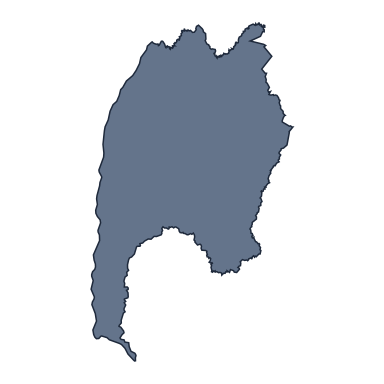 Rorainópolis, Roraima, Brazil (Natural Earth projection)
{"feature_id": "56859067B89406114023210", "entity_name": "Rorainópolis", "entity_type": "district", "adm_level": 2, "iso_a3": "BRA", "parent_name": "Brazil", "parent_adm1": "Roraima", "projection": "natural_earth1", "projection_center": [-60.884, -0.216], "detail": "fine", "context": "isolated", "style": "filled", "palette": "slate", "viewbox_px": 384, "rotation_deg": 0, "n_neighbors": 0, "source": "geoboundaries", "source_scale": "gbopen_adm2", "svg_char_len": 5915}
<svg xmlns="http://www.w3.org/2000/svg" viewBox="0 0 384 384"><path d="M135.5,360.8L135.4,357.6L136.0,355.7L135.6,354.4L134.8,353.2L131.0,351.3L129.2,346.7L128.7,342.7L124.9,342.1L124.0,339.8L121.7,339.5L120.5,338.9L120.0,337.9L122.1,334.6L124.0,332.8L123.6,331.0L120.8,327.2L119.0,326.4L119.2,325.4L121.3,323.0L121.2,320.3L123.4,313.1L125.1,311.8L124.0,309.9L124.1,308.4L125.7,305.0L124.2,302.7L125.7,301.4L124.3,299.8L124.4,299.0L127.8,297.8L128.2,296.8L128.0,292.7L126.5,290.3L128.1,289.5L128.2,288.1L127.3,287.0L124.3,287.0L124.7,283.4L123.9,281.2L125.0,277.1L127.2,275.4L126.7,272.3L128.6,270.3L127.6,268.4L127.5,264.8L128.6,259.8L129.5,257.9L131.6,257.0L134.4,254.0L136.5,247.0L137.2,246.3L140.0,246.2L140.4,245.6L139.9,243.6L142.7,243.0L144.5,241.1L148.2,239.0L151.1,239.2L154.0,236.4L156.5,236.5L161.2,234.8L161.9,233.4L161.7,231.9L162.6,230.7L161.8,228.5L163.0,226.8L164.5,228.0L166.5,228.0L168.2,229.1L169.0,228.7L169.2,227.0L170.2,227.4L172.0,226.7L173.7,227.9L174.9,227.0L175.9,227.0L178.7,228.7L179.3,231.4L180.2,232.6L182.2,232.9L183.0,232.4L183.7,233.4L185.3,233.6L186.7,234.6L188.0,234.8L190.6,233.6L191.9,234.3L193.3,233.1L194.4,234.9L194.7,236.9L194.0,240.0L195.1,241.1L194.9,242.0L197.5,245.0L200.1,244.2L201.1,245.1L201.5,246.4L201.1,248.2L201.8,250.2L205.7,250.5L206.9,251.3L206.6,252.4L207.4,254.7L206.7,255.1L207.1,256.8L208.5,257.1L208.8,258.3L209.8,257.7L210.7,258.7L210.1,261.0L209.1,262.2L210.6,263.0L212.0,262.7L212.4,263.3L211.0,264.5L211.6,265.7L211.0,267.3L211.9,270.6L211.5,271.7L212.5,272.2L213.3,271.0L214.0,271.5L215.1,270.8L215.4,271.8L214.6,272.3L216.8,271.6L218.6,272.7L220.0,272.4L221.6,273.1L221.8,275.1L223.6,273.3L225.1,273.3L225.7,271.9L227.0,272.0L227.0,270.7L229.5,272.4L230.5,269.6L233.6,270.7L234.2,272.1L236.7,272.5L239.5,269.2L239.2,268.2L237.9,267.5L239.0,266.2L240.5,265.7L240.8,263.0L240.2,261.8L242.5,259.6L244.6,260.4L246.9,260.0L247.7,260.7L248.6,259.7L248.7,258.9L251.0,257.9L251.5,258.7L252.0,258.6L252.3,256.9L253.5,255.8L254.5,257.2L255.2,256.1L256.2,256.8L258.9,254.0L260.1,254.0L260.9,250.5L260.0,249.8L260.5,247.5L259.2,245.8L259.6,244.2L259.0,243.5L258.1,243.8L256.6,241.9L255.6,241.7L253.9,238.2L253.9,237.3L252.9,238.0L252.3,237.8L251.8,236.2L253.0,235.7L252.2,233.5L251.1,233.3L250.7,229.9L249.9,229.0L250.8,227.4L251.8,226.7L251.5,225.9L252.2,224.3L252.2,222.4L256.4,219.1L256.5,216.9L255.6,215.6L257.2,213.6L257.2,212.6L258.5,212.0L259.1,208.3L258.5,207.1L258.7,206.4L260.8,205.5L260.8,202.7L262.0,201.6L261.0,198.8L260.1,198.0L261.5,196.1L261.8,193.0L261.1,191.3L261.5,190.9L262.1,191.7L263.2,191.1L263.6,189.1L265.0,189.0L264.6,187.1L266.0,187.1L265.8,186.3L267.7,183.7L269.6,182.7L268.5,181.1L268.9,180.4L268.1,178.9L269.0,175.7L270.8,173.1L270.3,172.4L271.2,170.2L270.7,170.2L273.5,166.7L273.3,166.3L274.4,165.4L275.2,165.7L276.5,163.2L279.1,161.8L278.3,160.8L278.4,159.7L279.4,159.0L279.3,157.2L280.7,155.0L279.1,153.5L279.1,152.3L281.0,150.1L281.2,148.7L283.5,148.1L287.0,145.0L289.3,132.6L289.1,131.7L292.9,127.0L292.0,127.0L290.6,125.9L289.4,126.2L282.3,122.0L282.2,120.8L283.3,117.7L284.5,115.6L285.2,115.4L283.2,113.5L283.1,111.3L280.6,108.6L280.6,105.8L280.0,105.2L279.2,102.7L280.0,100.3L279.1,99.8L278.5,97.7L277.0,95.5L275.6,95.0L273.7,95.4L273.3,94.6L270.9,95.1L268.9,94.5L270.5,91.5L268.6,92.2L267.8,90.3L269.4,87.4L267.1,83.1L266.0,82.4L266.2,79.4L265.2,76.6L266.5,73.3L265.1,73.2L261.7,69.1L271.8,56.3L264.0,46.9L265.7,45.5L263.6,44.3L250.2,41.0L260.5,36.3L262.7,31.6L264.2,31.8L264.2,29.8L263.5,29.6L263.4,27.2L264.8,27.2L264.7,25.5L263.6,25.1L262.2,27.0L261.2,26.2L261.5,25.0L261.0,24.4L259.8,25.0L259.1,23.0L258.6,23.1L258.6,24.3L257.7,24.6L257.5,24.2L256.4,24.9L255.7,23.6L255.1,25.3L253.1,24.1L249.0,26.0L248.6,26.8L248.9,28.5L248.0,29.0L247.3,28.0L245.1,29.2L245.0,31.1L243.3,31.4L243.7,32.5L241.9,34.0L241.6,35.7L239.2,37.2L238.5,39.1L238.3,42.6L237.0,43.0L236.1,42.2L235.4,43.2L235.7,44.6L235.0,45.1L235.2,45.6L233.3,46.9L234.0,46.8L233.3,48.9L231.9,48.5L232.5,49.3L230.8,49.7L229.8,50.8L229.0,49.7L228.8,50.7L229.4,51.2L228.6,52.5L228.8,53.1L227.0,54.1L225.8,53.7L225.2,54.2L223.8,53.3L223.3,54.8L222.3,55.1L221.7,56.4L220.9,55.4L220.3,56.8L219.6,57.0L219.4,55.8L219.1,55.9L217.9,57.4L217.0,56.3L216.9,57.8L215.7,56.0L215.0,55.8L214.8,54.0L214.0,53.8L214.0,53.3L214.9,52.9L215.6,51.0L215.2,49.5L212.3,48.9L211.3,49.3L209.9,48.1L209.9,46.5L208.7,45.4L208.7,44.8L206.8,43.9L205.2,40.6L205.9,39.1L205.6,33.6L203.4,31.8L203.1,30.1L202.2,28.7L198.5,25.2L196.5,26.4L195.8,28.7L196.2,29.6L194.4,32.2L192.5,32.4L190.5,30.4L189.1,30.9L188.0,29.9L187.0,31.1L186.1,30.3L184.9,30.8L184.4,28.6L183.8,30.9L182.0,30.5L181.6,31.0L182.3,32.5L181.1,33.7L181.4,35.6L179.3,36.8L180.0,37.9L178.9,39.0L179.5,39.7L179.2,40.1L177.7,39.4L176.7,40.2L176.8,41.5L175.7,43.0L175.0,42.6L174.0,43.7L174.4,44.2L174.0,45.3L174.7,45.8L172.5,45.8L172.6,46.6L173.4,46.6L172.6,48.2L170.9,47.4L170.3,49.3L169.6,48.7L169.5,47.0L168.8,46.6L167.7,47.0L167.4,46.0L166.2,46.5L166.1,47.7L165.7,47.6L164.6,44.1L162.9,41.5L162.1,41.1L161.3,41.3L159.2,45.2L158.4,45.6L158.0,44.0L156.1,44.2L153.4,43.2L152.2,41.9L151.6,42.2L147.4,46.1L146.5,49.9L140.9,57.5L139.5,63.7L136.1,70.5L132.7,75.6L126.4,81.0L122.8,87.4L120.7,89.6L119.2,95.6L116.7,101.4L113.1,104.6L110.1,111.2L108.2,120.0L105.1,126.8L104.4,130.8L103.0,144.4L103.9,153.1L103.6,157.2L98.9,170.0L99.2,172.0L101.6,176.5L101.7,177.7L100.0,182.4L99.6,185.9L97.0,195.6L96.6,198.9L97.4,204.5L95.7,210.2L95.9,213.3L97.4,216.5L100.1,219.8L100.6,222.9L98.0,230.3L98.1,232.0L99.4,234.9L99.6,240.6L93.4,254.9L94.1,260.0L95.4,264.0L95.5,267.0L94.8,269.3L92.6,271.7L91.7,274.5L91.7,276.2L93.2,280.6L91.1,289.2L94.4,297.0L94.0,299.1L92.4,302.0L91.9,304.7L95.3,313.6L96.5,321.1L92.9,330.0L93.7,334.6L94.9,337.2L96.4,338.7L98.8,338.5L100.9,336.2L101.7,336.0L107.0,337.6L109.4,339.8L119.4,343.4L121.5,344.5L125.0,348.3L128.0,354.1L133.7,360.2L134.6,361.0L135.5,360.8Z" fill="#64748b" stroke="#1e293b" stroke-width="1.5"/></svg>